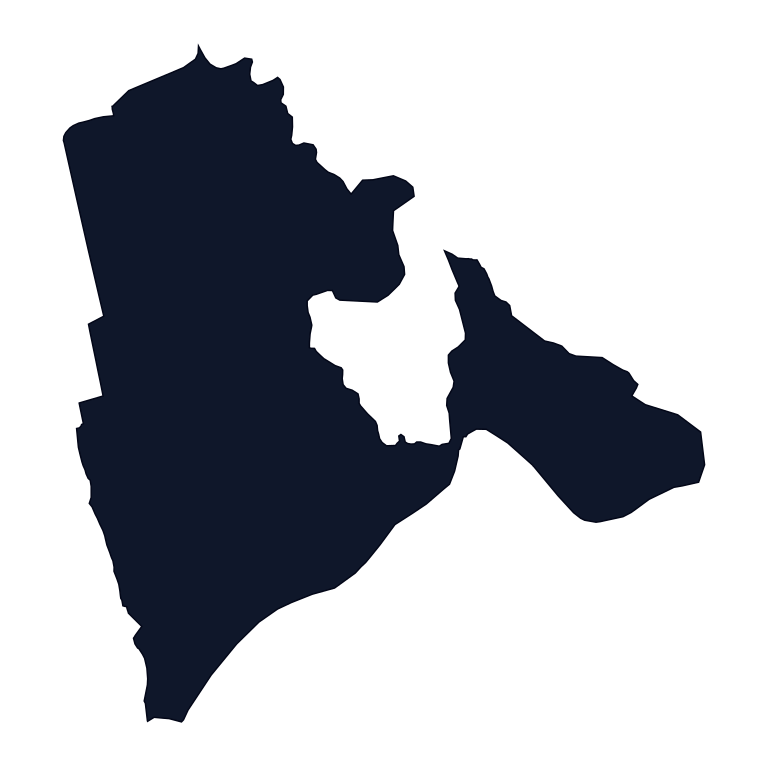 the district of Bangui, Bangui, Central African Republic
{"feature_id": "33826404B58165985423079", "entity_name": "Bangui", "entity_type": "district", "adm_level": 2, "iso_a3": "CAF", "parent_name": "Central African Republic", "parent_adm1": "Bangui", "projection": "natural_earth1", "projection_center": [18.572, 4.378], "detail": "fine", "context": "isolated", "style": "filled", "palette": "ink", "viewbox_px": 768, "rotation_deg": 0, "n_neighbors": 0, "source": "geoboundaries", "source_scale": "gbopen_adm2", "svg_char_len": 4599}
<svg xmlns="http://www.w3.org/2000/svg" viewBox="0 0 768 768"><path d="M636.1,508.9L649.1,499.3L673.9,487.3L682.1,485.9L698.6,482.2L704.6,464.8L700.6,432.0L677.7,414.8L645.3,404.7L638.2,400.1L631.8,395.9L636.4,387.9L637.1,386.1L637.8,384.4L633.6,380.6L628.9,373.1L627.4,371.9L627.1,371.7L622.8,370.1L613.1,364.6L602.2,357.6L575.9,356.1L569.0,353.6L568.3,352.8L561.8,346.1L553.5,343.0L544.6,341.0L513.0,316.8L511.6,315.8L509.7,305.6L506.0,302.0L501.1,300.5L498.5,298.6L494.8,295.9L493.1,291.5L491.6,286.0L488.8,278.6L487.9,277.2L486.8,274.1L485.5,271.6L484.0,268.8L481.1,267.3L479.6,264.4L477.0,259.9L475.2,260.0L472.9,259.9L471.6,259.0L469.8,259.0L468.5,258.7L466.1,258.8L457.7,258.1L452.1,254.2L444.5,250.8L445.8,253.9L448.5,260.2L452.0,269.4L457.2,281.8L459.1,286.1L458.4,287.6L455.1,293.1L455.4,300.3L459.5,309.4L465.5,333.1L465.3,339.9L458.2,347.0L451.8,351.1L448.4,355.1L448.4,363.0L450.5,372.3L454.1,381.1L453.2,387.3L447.1,398.4L446.7,405.5L449.2,413.2L449.6,419.3L451.3,438.5L448.9,443.3L442.1,444.4L439.3,446.2L430.9,444.6L426.2,443.9L424.9,443.5L420.6,442.0L416.7,442.0L414.5,443.9L411.0,444.1L407.6,443.5L405.2,442.0L404.0,436.7L400.9,434.5L398.8,436.0L399.5,441.1L397.2,443.2L395.5,445.5L386.5,445.8L382.1,442.5L379.6,438.7L378.6,434.1L377.6,430.6L377.1,425.4L375.4,421.4L367.5,413.8L360.5,405.8L359.1,403.3L359.1,398.9L358.0,393.9L352.2,390.2L346.1,388.3L343.1,384.6L342.2,378.6L342.6,374.6L342.7,370.0L341.2,367.8L335.1,365.6L324.6,359.1L324.1,358.9L319.7,354.8L316.2,351.4L314.5,348.4L310.8,348.3L309.4,347.7L309.4,343.0L310.1,333.8L311.5,327.0L311.8,325.1L310.0,317.2L308.1,312.5L307.2,305.6L307.2,300.9L312.8,295.1L316.3,294.3L322.6,292.1L327.5,290.4L331.4,290.5L332.4,290.5L335.8,297.9L339.8,300.1L377.4,302.0L381.2,299.6L381.3,299.5L388.0,295.3L394.8,288.7L399.3,284.2L404.6,274.4L404.0,266.6L398.8,254.7L398.3,250.3L397.8,245.5L396.9,242.9L392.6,230.6L392.4,230.2L392.6,230.2L392.6,229.9L392.7,227.4L392.7,227.0L393.1,218.3L393.5,210.7L414.1,196.3L412.8,187.2L405.7,181.0L393.4,175.8L372.9,179.8L362.6,180.2L351.1,194.1L346.9,188.9L343.0,181.5L339.7,178.0L334.4,174.7L328.2,172.2L324.9,169.6L317.0,162.4L315.4,159.3L316.5,152.5L316.1,149.2L313.1,144.8L303.9,143.0L299.0,145.1L295.6,145.4L292.4,143.4L290.8,139.3L291.7,135.2L292.5,126.9L292.3,117.1L287.7,113.5L285.9,106.2L281.0,102.8L280.7,99.7L283.3,94.4L283.4,87.0L280.0,79.5L277.6,77.4L276.4,78.2L273.0,80.4L262.7,84.6L257.5,85.5L253.6,82.5L251.0,80.9L249.7,74.2L250.5,67.1L252.4,62.0L251.7,59.2L244.6,58.1L236.1,63.7L231.7,65.4L223.8,68.2L220.9,68.8L216.2,67.8L210.0,64.1L209.9,64.0L204.9,57.8L200.4,49.7L198.5,46.1L198.1,53.4L195.4,59.2L190.7,62.5L183.6,67.6L178.3,69.8L177.2,70.3L128.8,90.6L112.4,106.5L112.1,106.5L112.2,106.8L112.3,109.3L113.4,113.5L113.7,115.8L112.6,115.9L103.3,116.8L94.7,118.6L89.3,120.5L82.8,122.2L78.8,123.1L73.3,125.6L70.0,127.9L66.6,131.7L65.7,132.8L63.9,136.3L63.4,140.6L63.8,141.7L64.2,143.1L68.2,161.0L76.1,196.2L82.8,225.8L88.3,250.0L96.7,285.9L99.4,297.5L103.8,316.2L92.9,321.9L88.5,324.2L90.0,331.9L95.8,360.0L97.8,369.9L100.4,382.4L103.1,396.0L86.4,400.9L79.2,403.0L79.2,403.3L83.4,423.7L81.6,424.5L81.0,426.2L79.9,427.3L79.6,427.7L79.3,427.9L76.6,428.5L78.4,447.3L80.0,454.1L82.0,462.0L83.2,465.7L85.0,469.7L86.1,473.8L88.2,478.4L90.2,480.2L91.2,486.4L91.2,497.5L89.3,503.4L92.1,506.9L95.2,514.1L97.4,518.3L99.9,524.2L102.7,529.9L103.1,530.9L104.8,535.8L105.3,538.2L106.1,541.6L106.9,545.0L109.8,552.6L110.9,555.9L111.4,557.3L111.9,558.5L112.9,560.7L114.1,567.1L114.0,571.3L116.9,578.7L118.8,584.2L119.9,590.9L120.4,595.4L120.8,598.3L121.4,599.3L121.9,600.2L122.3,602.3L122.9,605.8L124.9,606.4L126.7,606.6L126.9,608.0L127.6,610.4L128.1,611.8L128.4,613.1L129.4,614.1L132.8,617.5L141.8,626.4L135.2,635.5L134.5,636.8L133.5,638.2L135.0,643.9L137.6,648.0L138.9,648.7L142.5,654.2L144.6,658.3L146.9,668.1L147.7,678.8L147.4,684.9L144.2,701.0L145.4,703.4L147.4,720.8L147.6,721.3L154.1,717.3L161.8,718.0L169.1,718.6L181.5,721.9L183.5,719.8L188.0,710.1L211.2,675.0L236.7,643.9L259.0,622.0L277.6,609.0L291.2,602.6L312.3,594.2L334.6,588.0L355.3,573.0L361.1,566.7L365.7,562.4L370.8,556.2L380.0,544.8L394.9,524.6L412.6,513.2L426.3,504.0L443.7,489.0L449.5,484.2L454.1,472.4L454.5,471.3L454.6,471.1L457.7,457.8L458.1,456.1L458.6,449.9L459.8,449.0L463.3,436.7L465.9,436.7L467.6,434.0L472.5,431.2L476.3,429.1L486.3,429.3L495.4,435.0L507.8,443.0L508.8,443.9L524.0,457.4L532.8,465.3L533.2,466.0L533.9,466.6L558.1,495.8L573.6,512.7L580.6,518.2L584.6,520.2L596.0,522.2L600.4,521.6L605.8,520.4L623.0,516.7L630.9,512.6L631.2,512.4L631.5,512.2L636.1,508.9Z" fill="#0f172a" stroke="#020617" stroke-width="1.5"/></svg>